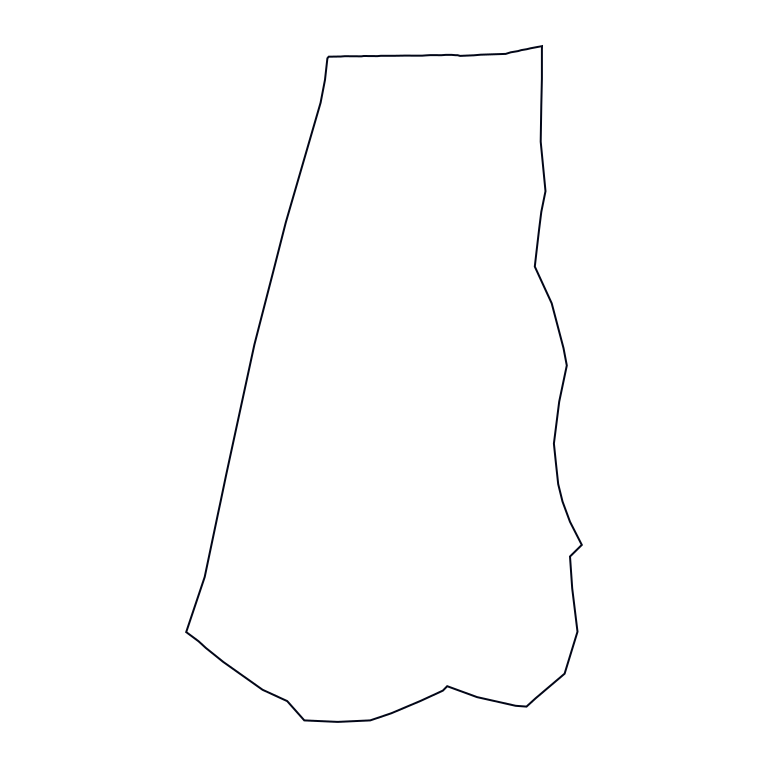 outline of Reduit Orchard, Gros Islet, Saint Lucia
{"feature_id": "8701671B13742843200127", "entity_name": "Reduit Orchard", "entity_type": "district", "adm_level": 2, "iso_a3": "LCA", "parent_name": "Saint Lucia", "parent_adm1": "Gros Islet", "projection": "equal_earth", "projection_center": [-60.953, 14.066], "detail": "fine", "context": "isolated", "style": "outline", "palette": "ink", "viewbox_px": 768, "rotation_deg": 0, "n_neighbors": 0, "source": "geoboundaries", "source_scale": "gbopen_adm2", "svg_char_len": 1098}
<svg xmlns="http://www.w3.org/2000/svg" viewBox="0 0 768 768"><path d="M327.4,58.3L325.0,79.8L320.6,102.7L285.8,222.4L273.0,272.5L268.6,289.5L254.4,344.6L226.2,474.7L220.6,501.5L218.4,511.8L204.7,577.0L186.2,632.1L198.6,641.3L205.9,648.0L223.2,661.9L262.6,689.8L287.2,701.1L304.3,720.4L337.7,721.9L370.2,720.4L391.2,713.3L420.8,700.8L442.9,690.6L447.2,686.2L477.0,697.1L515.7,705.8L526.5,706.6L535.6,698.3L564.6,673.7L577.5,631.7L572.2,588.3L570.0,556.5L581.8,544.9L570.0,521.8L562.5,501.5L558.2,484.1L556.0,463.9L553.9,443.6L559.2,401.7L566.8,365.5L563.5,348.1L551.7,303.3L534.8,266.6L536.3,253.4L539.1,229.4L541.3,211.9L545.5,191.2L540.7,141.7L541.3,105.0L541.9,78.5L541.9,49.3L542.0,46.1L537.4,47.0L530.5,48.3L526.8,49.2L521.4,50.1L518.0,51.1L510.8,52.3L505.7,53.9L480.7,54.7L473.9,55.3L466.7,55.6L460.1,55.9L457.6,55.2L455.7,55.2L452.0,54.9L445.4,54.9L441.4,55.2L430.6,55.1L425.7,55.4L421.8,55.7L405.2,55.6L393.9,55.8L390.4,55.8L380.9,55.8L377.7,56.1L375.0,56.1L363.7,56.0L361.7,56.3L357.8,56.3L344.7,56.2L341.1,56.5L328.7,56.7L327.4,58.3Z" fill="none" stroke="#020617" stroke-width="2"/></svg>